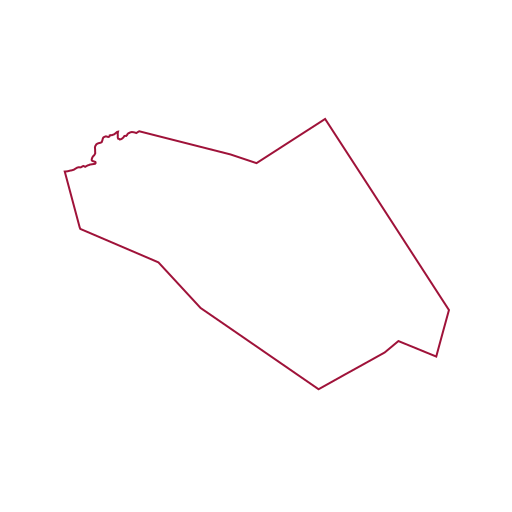 Bicurga, Centro Sur, Equatorial Guinea (Albers equal-area conic projection), rotated 237°
{"feature_id": "11065452B87560810385120", "entity_name": "Bicurga", "entity_type": "district", "adm_level": 2, "iso_a3": "GNQ", "parent_name": "Equatorial Guinea", "parent_adm1": "Centro Sur", "projection": "albers", "projection_center": [10.52, 1.549], "detail": "fine", "context": "isolated", "style": "outline", "palette": "rose", "viewbox_px": 512, "rotation_deg": 237, "n_neighbors": 0, "source": "geoboundaries", "source_scale": "gbopen_adm2", "svg_char_len": 1471}
<svg xmlns="http://www.w3.org/2000/svg" viewBox="0 0 512 512"><g transform="rotate(237 256 256)"><path d="M431.0,141.6L376.0,123.7L374.4,123.4L303.8,170.7L242.6,181.2L200.1,198.8L110.2,235.9L108.2,265.7L106.5,289.8L105.0,311.4L107.1,329.1L73.5,352.4L82.1,362.0L91.2,372.2L105.6,388.4L125.0,388.4L261.4,388.6L333.3,388.6L333.6,307.0L355.1,289.9L424.2,226.0L424.3,224.8L424.3,222.6L425.7,221.5L426.4,220.8L427.6,219.4L428.2,217.8L428.2,216.7L428.4,216.2L428.4,215.5L428.2,214.6L427.7,213.8L427.4,212.5L427.8,212.1L428.3,211.1L428.2,210.5L427.7,209.6L427.4,207.6L427.5,206.4L427.9,205.2L428.7,205.0L429.4,204.3L430.4,204.5L431.2,204.9L432.4,205.8L433.4,206.3L434.5,207.1L435.4,208.0L435.7,207.1L435.5,205.4L435.4,204.6L435.3,203.1L435.7,201.7L435.8,200.9L436.5,200.0L436.8,199.0L436.4,198.8L436.1,198.2L436.1,197.3L436.4,196.8L438.1,195.3L438.5,193.6L438.5,192.4L437.6,191.1L436.7,190.2L435.5,188.5L435.7,187.2L436.4,185.3L436.6,184.1L436.6,182.9L435.6,180.9L434.7,180.0L432.8,179.0L431.9,178.4L430.6,177.6L429.8,177.2L429.2,176.3L428.6,175.1L428.5,174.4L428.3,173.4L427.5,172.0L426.6,170.9L425.8,170.4L424.9,170.5L422.4,172.5L421.4,172.2L421.0,171.2L423.2,166.3L423.2,165.7L423.6,164.4L423.8,162.7L423.8,161.4L424.3,161.0L425.1,160.6L425.5,160.3L425.7,159.3L425.7,158.3L425.8,157.3L426.2,156.6L426.9,155.9L427.5,154.2L427.6,151.8L427.6,150.2L427.9,149.2L428.3,147.8L428.8,146.8L429.3,145.2L429.8,143.8L431.0,141.6Z" fill="none" stroke="#9f1239" stroke-width="2"/></g></svg>